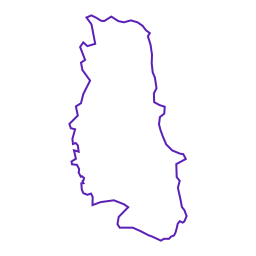 outline of Ammadies, Nicosia, Cyprus
{"feature_id": "46923920B28653091355318", "entity_name": "Ammadies", "entity_type": "district", "adm_level": 2, "iso_a3": "CYP", "parent_name": "Cyprus", "parent_adm1": "Nicosia", "projection": "mercator", "projection_center": [32.711, 35.166], "detail": "fine", "context": "isolated", "style": "outline", "palette": "violet", "viewbox_px": 256, "rotation_deg": 0, "n_neighbors": 0, "source": "geoboundaries", "source_scale": "gbopen_adm2", "svg_char_len": 1369}
<svg xmlns="http://www.w3.org/2000/svg" viewBox="0 0 256 256"><path d="M69.4,123.9L70.8,128.2L75.1,129.3L72.4,138.9L73.0,144.0L75.7,143.0L77.8,145.4L78.7,151.7L74.0,150.3L75.9,158.8L71.5,161.5L72.0,164.3L76.9,164.8L78.0,166.9L79.1,169.0L79.0,171.1L78.6,172.5L80.8,176.7L81.9,176.2L84.1,178.0L83.5,180.2L82.5,181.2L83.5,183.2L81.3,183.4L81.8,189.6L83.4,193.2L87.4,194.8L91.0,193.6L92.7,197.0L92.5,205.1L100.7,202.1L113.9,200.3L124.0,204.3L128.2,207.2L118.7,216.9L117.5,224.2L119.7,227.7L132.8,227.7L140.9,231.3L143.2,232.5L148.4,235.2L152.0,236.5L160.9,240.6L164.0,238.8L169.0,238.8L171.0,236.6L174.1,235.4L175.5,232.5L176.7,228.3L177.7,223.8L179.7,221.2L182.7,222.6L184.4,221.4L186.6,216.1L184.4,210.2L181.9,207.0L180.5,199.5L179.3,194.2L177.9,187.7L179.7,180.8L176.7,177.1L176.3,164.1L185.8,159.0L183.3,154.2L179.8,153.6L172.2,150.4L166.2,144.4L163.1,137.1L160.6,130.4L159.0,124.4L159.9,117.1L164.3,113.6L164.7,106.7L159.6,105.1L154.2,102.2L153.9,93.3L156.5,88.3L154.9,77.5L152.7,72.4L151.7,63.2L152.0,54.7L150.5,44.5L147.9,36.3L149.8,33.1L146.0,30.3L142.6,25.8L137.5,22.3L130.9,20.4L123.9,22.3L118.3,21.1L111.3,16.6L104.1,21.1L100.9,20.7L96.5,17.9L91.4,15.4L86.5,17.5L91.5,24.4L95.2,43.8L87.4,46.1L83.3,42.4L80.1,47.0L85.1,59.9L81.0,62.6L82.4,70.0L90.1,80.6L83.3,94.0L81.0,103.2L75.9,106.4L77.8,115.6L69.4,123.9Z" fill="none" stroke="#5b21b6" stroke-width="2"/></svg>